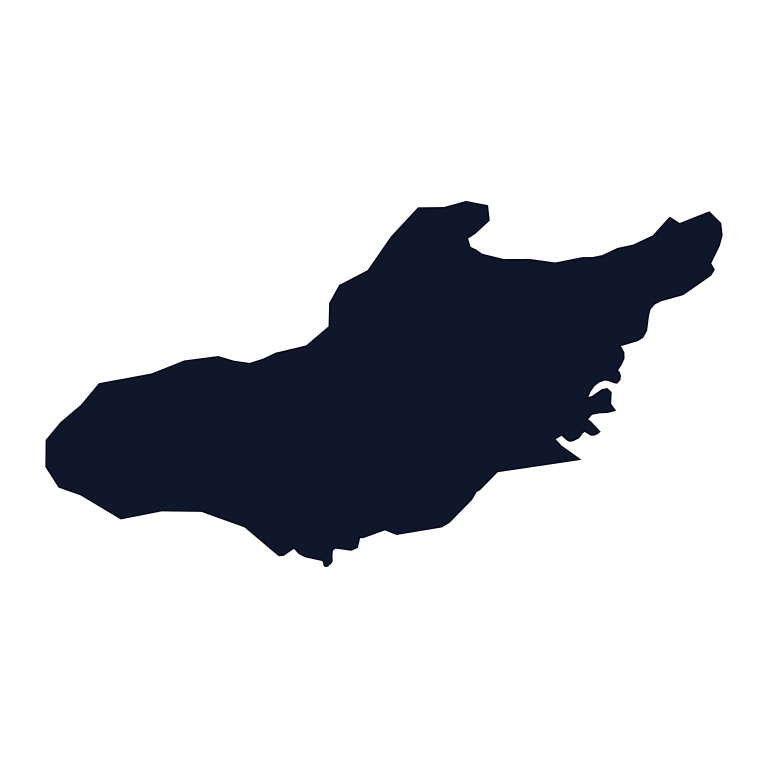 outline of Adiyaman
{"feature_id": "TUR-2281", "entity_name": "Adiyaman", "entity_type": "Province", "adm_level": 1, "iso_a3": "TUR", "parent_name": "Turkey", "parent_adm1": "", "projection": "robinson", "projection_center": [38.577, 37.82], "detail": "fine", "context": "isolated", "style": "filled", "palette": "ink", "viewbox_px": 768, "rotation_deg": 0, "n_neighbors": 0, "source": "natural_earth", "source_scale": "10m", "svg_char_len": 1769}
<svg xmlns="http://www.w3.org/2000/svg" viewBox="0 0 768 768"><path d="M120.9,518.6L80.9,494.7L59.0,486.9L46.1,466.7L46.4,440.3L61.1,422.6L81.5,405.3L99.3,383.9L151.8,374.2L184.4,361.2L218.3,356.8L233.9,361.5L249.8,363.7L263.0,359.5L275.9,353.4L306.5,346.1L329.3,326.7L329.9,303.3L339.7,285.6L368.2,270.7L391.4,237.1L418.3,208.1L444.1,207.8L466.1,201.7L487.4,205.9L488.9,220.4L474.8,233.3L467.2,238.2L470.0,247.4L475.9,250.3L481.8,254.4L503.7,259.8L529.6,259.7L555.3,263.3L582.3,257.9L592.8,257.8L602.6,255.8L617.6,248.7L633.4,245.3L653.2,236.0L669.8,217.6L679.6,223.9L709.2,212.1L720.5,223.4L721.9,235.3L719.1,245.5L710.4,263.4L714.0,269.7L710.5,275.2L697.2,284.5L682.9,294.4L660.7,300.6L654.3,303.9L649.9,309.1L648.2,315.7L646.4,330.6L642.7,337.1L637.8,340.3L619.8,345.7L623.6,352.5L623.8,358.2L621.4,363.8L617.1,370.4L619.1,372.5L620.2,375.8L619.7,379.5L617.1,382.8L615.1,382.7L607.8,380.1L604.6,379.8L598.9,381.8L594.1,385.5L590.2,390.9L587.0,398.1L592.3,396.7L602.3,389.7L607.1,388.9L610.9,392.4L610.4,404.1L614.9,410.3L607.6,412.2L599.2,412.6L591.7,414.1L587.0,419.4L590.3,421.8L599.6,431.6L597.1,433.6L594.1,434.9L591.0,434.9L584.6,431.0L581.9,433.0L579.8,436.3L578.1,438.0L576.8,438.5L574.9,439.6L572.4,440.7L569.4,441.0L567.5,440.0L562.6,435.7L561.9,434.7L554.4,439.0L561.1,446.2L579.5,459.3L497.3,471.5L479.5,489.7L476.1,491.5L471.4,499.5L449.3,522.0L441.7,526.7L396.5,534.2L384.9,529.5L363.4,537.3L359.5,537.5L357.2,547.3L351.3,550.0L335.4,547.8L332.2,550.2L331.7,555.7L331.9,561.1L330.4,563.6L329.2,564.0L328.6,565.0L327.6,565.9L325.6,566.3L324.3,565.5L323.7,561.6L321.9,560.2L305.4,556.6L299.1,553.4L294.0,547.8L283.3,555.2L279.0,555.4L273.8,551.1L244.9,526.7L201.5,511.1L161.6,510.6L120.9,518.6Z" fill="#0f172a" stroke="#020617" stroke-width="1.5"/></svg>